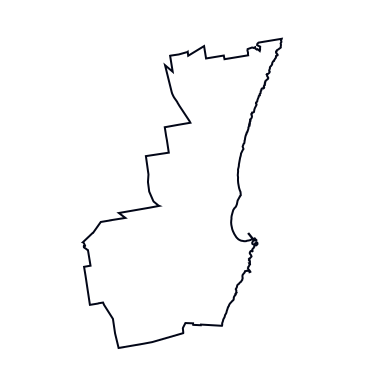 Warrnambool, Australia (Equal Earth projection), rotated 253°
{"feature_id": "25037944B46822546280655", "entity_name": "Warrnambool", "entity_type": "district", "adm_level": 2, "iso_a3": "AUS", "parent_name": "Australia", "parent_adm1": "", "projection": "equal_earth", "projection_center": [142.516, -38.378], "detail": "fine", "context": "isolated", "style": "outline", "palette": "ink", "viewbox_px": 384, "rotation_deg": 253, "n_neighbors": 0, "source": "geoboundaries", "source_scale": "gbopen_adm2", "svg_char_len": 5983}
<svg xmlns="http://www.w3.org/2000/svg" viewBox="0 0 384 384"><g transform="rotate(253 192 192)"><path d="M55.3,181.5L56.0,182.0L57.7,182.5L59.3,183.7L61.0,184.7L62.1,185.8L62.6,186.4L64.8,187.8L65.9,189.1L67.0,189.9L67.8,190.3L70.0,191.9L70.7,192.3L71.2,192.9L71.7,193.1L72.3,194.0L72.9,194.3L74.0,195.4L74.6,196.3L75.1,197.2L75.9,198.5L76.3,199.2L76.3,199.5L76.6,200.0L77.2,200.5L79.0,201.2L79.6,201.7L80.0,202.2L80.5,202.6L80.6,203.2L81.2,203.4L81.4,203.9L82.0,203.8L82.3,204.2L82.5,204.8L82.7,205.2L83.2,205.0L84.5,205.5L85.3,205.6L85.9,205.4L86.4,205.5L87.6,206.9L89.5,208.0L90.0,208.6L90.5,210.1L91.3,211.1L91.8,212.5L92.0,212.9L92.6,213.4L93.3,214.4L93.9,214.6L94.3,215.0L94.9,215.3L96.0,215.4L97.2,215.8L97.9,216.2L99.2,218.0L99.4,218.5L99.7,218.8L100.1,219.2L100.5,219.3L100.8,219.6L100.6,220.8L100.7,221.4L100.3,222.2L100.3,223.2L100.0,223.5L99.2,223.5L98.9,223.8L98.5,223.7L98.5,223.9L98.6,224.5L98.8,224.5L100.6,223.9L101.3,223.3L102.8,223.2L103.1,223.7L103.8,223.8L104.5,224.8L105.3,225.6L105.7,225.8L106.5,225.8L106.2,226.1L106.1,226.4L107.5,226.7L108.2,227.0L108.9,227.1L109.7,226.6L110.1,227.2L110.6,227.1L111.0,226.8L111.3,226.8L111.6,227.3L111.6,227.5L111.8,228.3L112.5,229.3L112.7,229.8L113.0,230.1L114.3,230.0L115.9,229.4L116.3,229.3L117.0,229.5L117.5,229.8L117.6,230.0L118.1,230.5L118.3,230.8L118.1,231.6L117.6,232.3L117.7,232.6L118.0,232.7L118.4,232.5L118.9,232.5L119.9,233.4L120.5,234.6L121.3,235.3L121.4,235.5L121.7,235.6L122.4,236.1L122.7,236.6L122.2,237.8L122.2,238.0L122.6,238.7L123.0,239.1L123.2,239.5L123.7,239.5L123.9,239.3L124.4,239.6L124.6,239.5L124.7,238.8L124.5,238.3L124.6,237.7L123.9,236.9L123.7,236.1L123.8,235.5L124.7,234.6L125.2,234.6L125.8,234.7L126.4,235.2L127.5,236.3L127.7,236.9L127.7,237.0L126.7,239.0L126.9,239.4L127.3,239.5L128.1,238.9L129.1,238.6L129.3,238.5L129.4,238.3L129.2,237.8L128.9,237.7L129.4,236.6L135.5,234.2L135.4,233.9L129.5,236.3L129.0,233.9L129.0,232.5L129.2,231.0L129.3,230.3L129.2,229.3L129.7,227.4L130.3,226.4L131.0,224.9L131.6,224.1L133.1,222.6L134.5,221.8L135.7,221.2L139.3,220.2L142.6,219.7L144.6,219.6L149.1,220.0L151.4,220.5L153.5,221.3L154.8,221.9L156.2,222.3L157.7,223.0L161.5,225.4L162.7,226.2L164.0,227.7L165.0,229.5L165.6,230.1L166.5,230.8L166.9,231.2L170.6,233.2L171.0,233.7L173.5,236.2L173.6,236.5L174.0,236.6L174.1,236.8L174.2,237.1L174.6,237.7L177.9,238.4L179.9,238.2L182.2,238.2L187.1,238.8L189.8,239.4L191.3,239.9L192.4,240.3L194.8,240.7L195.7,241.1L197.5,241.8L197.9,242.0L200.1,242.6L202.4,244.0L203.7,244.6L204.6,244.9L211.0,248.2L211.5,248.6L213.0,249.5L214.4,250.1L217.2,252.7L218.1,253.8L220.6,253.7L223.0,255.5L223.3,256.2L224.8,257.0L225.6,257.2L226.2,257.7L228.7,258.9L230.5,260.0L230.7,260.3L231.0,260.4L231.4,260.7L231.5,261.0L232.1,261.2L232.1,261.3L232.4,261.5L232.5,261.7L232.6,261.8L232.9,261.9L232.9,262.2L233.2,262.4L233.5,262.5L233.9,263.0L234.6,263.3L234.9,263.7L235.3,263.9L236.1,264.5L237.0,264.7L237.4,265.1L238.2,265.5L238.5,265.9L238.5,266.3L238.9,266.4L239.2,266.7L239.5,266.6L239.7,266.3L240.2,266.5L240.3,266.6L240.3,266.8L240.1,267.1L240.4,267.2L240.6,267.4L241.3,267.4L241.4,267.7L241.9,267.7L242.5,268.0L242.7,268.6L242.9,268.7L243.1,268.4L244.3,268.7L244.5,268.9L244.6,269.7L245.7,270.9L247.1,271.6L247.6,271.4L248.3,271.6L248.6,271.4L248.9,271.4L249.4,271.6L249.5,271.8L249.5,272.3L249.7,272.5L250.4,272.7L250.4,272.9L250.3,273.0L250.2,274.0L250.3,274.5L250.5,274.7L252.7,275.8L253.9,276.7L256.4,279.1L257.1,279.4L257.8,279.0L258.4,279.2L258.8,279.4L258.9,279.6L259.1,279.9L259.1,280.2L259.6,280.9L260.6,281.3L261.0,281.7L261.4,281.9L262.3,282.6L263.0,283.3L264.1,283.8L264.4,284.2L264.5,285.0L264.8,285.3L265.6,285.2L265.9,285.4L266.5,286.5L266.9,286.6L268.3,287.2L268.7,287.9L269.8,288.3L270.3,288.8L270.6,289.4L270.6,289.6L270.4,289.8L270.5,290.4L270.2,290.5L270.3,291.1L270.9,291.6L271.8,291.5L272.4,291.8L272.6,292.2L272.9,292.5L273.0,292.9L273.7,292.9L273.9,293.3L274.3,293.3L274.6,293.4L274.9,293.9L275.2,294.0L275.6,293.9L275.8,294.2L276.5,294.5L276.7,295.1L277.3,295.9L277.7,297.3L277.9,297.6L278.3,297.7L278.6,298.2L279.3,298.3L280.5,297.8L281.0,297.8L281.7,298.0L282.5,297.7L282.9,298.2L282.7,299.1L282.8,299.3L283.0,299.8L283.3,300.6L283.8,301.2L284.3,301.5L284.5,301.5L285.0,301.2L285.8,301.4L287.3,302.6L288.3,302.9L288.8,303.3L289.1,303.8L289.4,304.4L290.3,305.6L290.9,306.1L291.7,306.3L292.9,307.4L293.5,308.3L293.6,308.5L293.4,308.7L293.4,308.8L294.1,309.1L294.4,309.7L295.2,310.4L295.9,311.5L297.3,312.0L297.6,312.2L297.7,312.4L297.6,313.6L297.7,313.8L298.0,314.0L298.7,313.9L300.6,313.1L300.9,313.2L301.2,313.5L301.3,313.3L301.7,313.4L302.6,314.5L302.8,314.8L303.2,316.6L303.5,317.2L304.1,319.0L304.3,319.2L304.9,319.3L305.9,319.7L306.6,320.1L308.2,320.2L309.2,321.2L309.4,321.4L310.9,321.4L311.7,322.2L312.3,322.6L315.4,299.3L314.7,297.9L313.5,297.2L312.2,298.4L311.1,299.7L309.0,298.9L308.1,298.7L307.0,298.0L309.4,296.5L309.2,295.7L310.7,294.5L312.0,294.7L311.9,293.6L311.7,293.1L312.6,291.7L312.4,287.0L311.1,286.4L308.9,286.3L306.5,285.6L306.3,285.6L309.5,261.9L313.2,262.3L315.6,244.5L328.0,246.2L323.4,228.2L327.3,228.9L327.2,228.7L327.4,219.6L328.7,211.1L328.7,210.9L312.7,208.7L321.1,203.3L293.6,201.8L291.9,201.8L289.0,202.2L287.6,202.5L282.4,204.2L281.9,204.2L277.9,205.2L260.7,210.3L258.7,210.7L260.3,198.2L261.9,184.9L252.9,183.6L249.2,183.2L236.4,181.3L239.8,158.4L221.5,155.5L214.4,152.8L204.9,151.2L195.1,152.3L194.1,152.5L188.8,156.0L188.3,156.6L189.4,146.9L193.3,115.9L186.7,120.7L188.8,105.8L188.7,105.8L190.0,96.0L181.8,85.4L181.9,85.1L175.8,72.9L175.6,73.2L175.1,73.5L174.4,73.7L173.4,73.8L171.9,74.1L171.7,74.0L171.6,73.8L171.6,73.5L171.9,72.8L171.2,72.5L170.6,72.5L168.2,74.4L167.1,75.1L166.8,75.5L151.2,73.4L152.0,66.9L143.1,65.7L114.1,61.4L113.9,61.4L112.8,69.6L112.9,70.0L112.3,74.6L109.7,74.9L93.8,79.3L79.3,77.1L64.3,76.2L61.1,101.1L60.1,110.0L59.6,142.3L60.3,142.6L64.3,143.4L65.0,143.9L68.6,147.4L66.1,154.6L65.6,154.4L64.6,154.3L62.0,161.5L62.6,161.8L55.3,181.5Z" fill="none" stroke="#020617" stroke-width="2"/></g></svg>